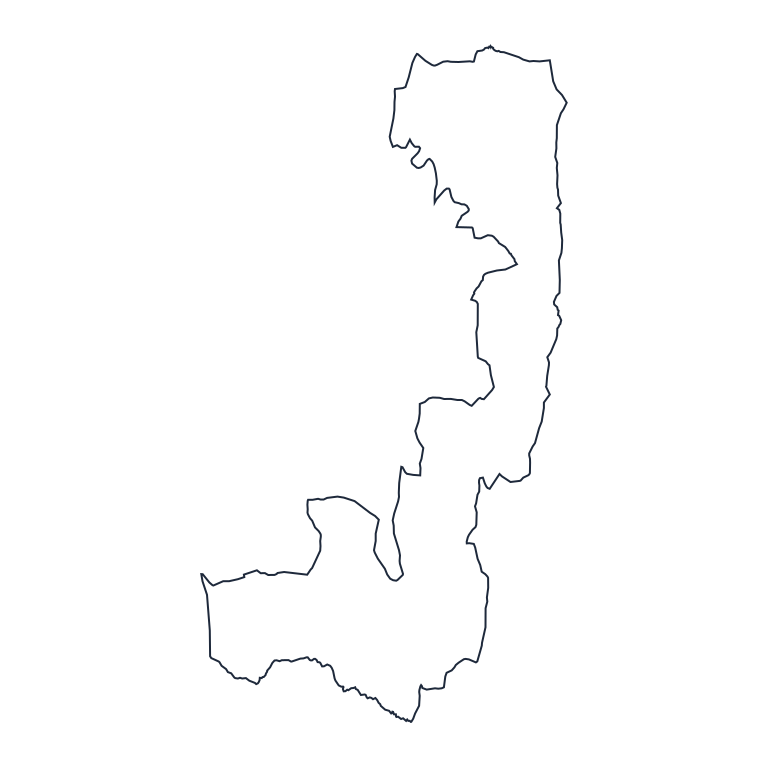 Chamwino, Dodoma, United Republic of Tanzania
{"feature_id": "72390352B28140161055022", "entity_name": "Chamwino", "entity_type": "district", "adm_level": 2, "iso_a3": "TZA", "parent_name": "United Republic of Tanzania", "parent_adm1": "Dodoma", "projection": "equal_earth", "projection_center": [35.821, -6.232], "detail": "fine", "context": "isolated", "style": "outline", "palette": "slate", "viewbox_px": 768, "rotation_deg": 0, "n_neighbors": 0, "source": "geoboundaries", "source_scale": "gbopen_adm2", "svg_char_len": 6076}
<svg xmlns="http://www.w3.org/2000/svg" viewBox="0 0 768 768"><path d="M456.5,227.1L472.0,227.5L472.7,228.2L474.6,237.7L477.9,238.3L480.9,238.3L487.8,235.2L491.8,235.7L493.6,236.7L498.1,241.5L498.9,243.1L505.2,247.0L508.3,251.0L509.7,253.5L510.9,253.8L511.5,255.4L514.4,259.1L514.8,261.2L516.9,264.2L505.4,269.5L496.9,270.5L488.0,272.7L485.4,273.8L484.0,274.9L483.1,276.6L482.8,280.1L481.4,281.3L478.6,286.5L476.6,288.4L474.5,291.5L474.0,292.5L474.3,293.7L473.1,295.3L471.2,299.6L475.2,300.8L476.8,302.0L477.8,303.9L477.7,325.3L476.3,332.2L477.8,356.7L478.2,357.9L485.7,361.3L488.0,364.2L489.5,365.3L490.9,375.2L493.9,387.0L492.1,390.0L483.9,399.2L481.6,398.9L480.2,397.9L479.3,398.2L478.3,398.8L471.7,405.8L469.8,405.0L464.6,401.3L461.9,400.0L457.4,400.0L450.7,398.9L444.1,399.0L439.8,397.8L432.8,397.5L428.9,398.4L424.8,402.0L419.8,403.9L419.7,413.6L419.0,418.8L418.4,421.9L415.3,431.0L417.4,438.4L419.6,442.6L423.3,448.0L421.5,458.9L419.8,463.6L420.5,468.1L420.2,475.4L413.2,474.9L406.9,473.8L405.2,472.2L402.5,467.2L401.3,466.8L399.2,483.0L398.8,492.9L399.0,496.9L398.1,501.4L394.2,513.5L392.7,520.4L393.7,525.6L393.9,533.5L399.0,550.2L400.0,555.4L399.6,560.9L399.9,563.7L403.0,573.9L402.8,574.9L397.5,580.0L396.2,580.7L393.1,580.2L390.2,578.7L387.2,574.5L384.9,568.8L377.8,558.6L374.7,552.5L374.0,550.2L375.7,541.0L375.7,533.6L378.8,519.7L375.1,516.0L370.1,512.9L354.6,501.1L343.8,497.6L337.5,496.6L327.1,497.9L323.7,499.5L320.5,499.5L318.1,498.8L312.6,499.8L308.1,499.8L307.7,500.9L307.4,504.7L307.7,509.3L307.5,512.6L307.9,514.2L310.0,518.2L312.2,520.7L315.0,527.4L318.7,531.1L320.4,533.7L320.8,534.9L320.8,536.7L320.2,541.0L320.5,546.1L320.2,550.7L312.1,568.1L310.7,569.5L307.2,574.7L284.1,572.0L277.5,573.0L276.6,574.0L274.6,574.9L268.2,575.0L264.9,573.1L260.7,573.2L256.9,570.3L243.9,574.6L244.3,577.1L237.9,579.2L229.1,581.2L223.2,581.2L213.4,585.5L212.5,585.2L209.4,582.5L202.7,574.2L201.3,574.1L202.5,581.2L207.0,594.8L209.8,630.5L210.1,656.3L211.3,658.1L218.7,661.5L219.5,662.2L221.6,665.8L226.1,669.1L227.9,672.1L231.2,673.3L234.3,677.5L235.2,678.1L237.9,678.5L240.0,677.8L242.2,678.5L245.9,678.1L249.3,680.7L254.9,682.9L256.2,684.1L257.9,683.3L258.8,682.0L259.6,680.1L259.8,677.8L261.7,678.1L262.5,677.1L263.7,677.0L265.6,675.0L265.9,673.6L267.1,671.7L267.2,670.6L270.1,667.3L272.3,663.0L274.5,660.5L276.6,660.3L279.6,661.2L281.8,660.2L288.5,660.1L290.9,661.5L291.8,661.5L300.4,658.6L303.5,658.4L306.6,657.3L307.7,657.3L309.8,660.0L310.8,660.4L312.0,660.4L314.0,658.9L315.2,658.9L316.6,660.0L317.6,662.1L319.6,662.3L320.3,662.9L322.1,666.4L324.0,666.3L327.2,664.5L330.2,665.8L331.7,667.8L333.1,671.0L334.6,678.4L335.4,680.5L338.7,685.4L341.3,686.7L343.1,686.6L343.5,687.1L342.9,689.0L343.7,691.3L345.4,691.2L347.2,689.7L348.4,690.2L351.2,688.2L353.5,688.0L355.2,687.3L355.8,689.0L357.7,689.9L360.9,695.0L364.6,694.5L365.6,694.8L366.8,697.5L367.7,698.3L369.8,697.4L371.4,697.9L373.0,699.2L375.4,698.0L377.2,700.1L378.6,702.8L380.2,704.2L380.8,705.9L385.2,709.7L389.1,710.8L391.2,713.5L391.8,713.3L392.4,711.7L393.1,711.9L394.0,714.3L395.9,714.3L396.0,716.3L396.4,717.0L398.1,716.7L401.1,719.0L403.1,718.3L406.1,720.9L407.2,719.5L408.3,720.9L409.7,720.8L410.8,721.9L411.3,721.8L413.2,718.7L415.1,713.5L419.1,705.8L419.7,695.8L419.2,692.0L419.4,690.0L420.4,686.3L421.1,685.1L421.9,686.1L422.4,688.0L426.7,689.6L435.0,688.3L438.3,688.7L441.7,688.3L443.9,687.3L445.3,676.5L446.6,672.8L451.7,670.4L454.4,667.4L455.8,665.0L458.6,662.7L463.9,659.2L465.6,658.9L468.9,659.4L475.9,662.4L477.3,661.4L481.8,645.6L482.0,642.9L485.5,627.3L485.6,608.2L487.3,601.6L486.9,597.5L488.2,587.9L488.1,577.9L487.5,576.6L485.3,574.2L481.7,571.7L480.2,565.0L477.6,558.8L475.2,547.6L473.8,543.9L469.3,543.2L466.8,543.4L466.7,541.6L467.8,537.3L469.0,534.8L472.6,529.7L475.5,527.1L476.3,524.8L476.7,512.3L475.0,506.3L476.1,503.4L477.5,494.7L479.2,491.6L479.4,485.5L479.0,482.7L479.1,480.1L479.9,478.2L482.9,477.6L484.8,483.4L486.4,486.6L487.6,488.0L489.7,488.8L499.5,474.0L502.0,476.4L510.5,482.0L519.7,480.9L520.6,480.6L523.3,477.6L528.4,475.2L529.3,474.3L529.9,473.1L530.1,462.8L530.0,458.8L529.2,455.4L529.2,453.4L532.7,446.4L535.0,443.1L539.1,428.2L541.7,421.6L543.9,408.0L543.9,402.5L549.8,394.5L546.0,386.7L546.4,385.8L547.2,375.9L548.9,365.2L549.0,362.4L547.3,357.2L550.6,352.7L556.3,339.1L557.1,335.4L557.3,328.5L558.4,327.2L559.5,324.8L560.3,324.0L561.2,320.2L559.2,315.8L558.0,315.1L558.6,310.6L557.7,309.8L557.2,307.2L554.2,304.5L553.9,301.9L556.5,295.9L559.5,292.9L559.8,279.9L558.9,260.4L561.4,252.9L561.9,248.3L562.2,240.1L561.2,232.5L560.7,224.6L560.2,222.8L560.3,213.6L559.3,209.9L556.9,208.2L560.9,203.1L558.2,195.6L558.0,189.6L557.4,187.7L557.1,184.1L557.5,175.3L556.8,167.9L557.3,163.0L555.2,156.9L556.4,148.4L556.3,142.4L556.8,138.2L556.9,125.1L560.9,113.2L563.5,109.3L566.7,102.7L562.0,95.0L556.6,89.4L553.2,81.3L549.8,60.3L539.6,61.4L533.4,61.0L529.5,61.4L523.2,59.6L518.9,57.2L503.9,52.2L500.4,52.0L498.7,50.9L497.3,51.3L495.5,50.8L493.7,49.5L493.0,48.4L493.1,47.8L491.0,46.6L490.8,47.1L490.4,46.1L489.7,47.0L489.1,46.8L488.4,48.1L487.4,47.6L485.1,48.1L483.9,49.6L482.2,50.5L477.4,51.2L475.7,54.4L473.9,61.5L472.7,61.8L469.8,61.3L458.5,62.0L450.9,61.8L447.6,61.2L443.2,61.7L437.1,64.8L434.9,65.6L433.6,65.5L431.9,64.9L425.4,60.8L417.7,54.1L416.9,53.9L415.0,57.0L412.4,62.9L408.7,77.4L405.5,87.0L402.8,88.1L395.0,89.0L394.7,91.2L395.0,96.7L394.5,101.9L394.4,110.1L393.4,118.5L389.7,136.7L390.6,140.8L392.9,146.9L397.1,145.2L401.3,147.8L405.4,147.8L406.1,147.1L409.9,139.6L411.7,143.1L414.3,146.3L415.2,146.8L418.9,146.7L420.1,148.2L419.1,151.2L417.6,153.3L412.1,158.8L411.4,160.7L412.1,163.6L416.9,167.7L418.7,168.0L420.6,167.5L423.6,165.6L427.0,160.5L428.5,159.2L429.6,158.9L432.2,161.5L433.6,164.1L434.7,167.6L435.9,173.3L436.8,180.8L436.7,184.3L435.1,190.0L434.6,197.4L434.7,202.5L436.4,199.3L444.2,190.5L446.7,188.6L448.9,188.6L449.6,189.4L451.4,197.0L453.5,201.0L454.7,202.2L458.8,203.1L461.5,204.3L464.4,204.4L466.8,205.8L468.8,209.1L468.7,210.5L467.6,211.8L461.7,215.8L460.5,218.7L458.4,221.5L456.5,227.1Z" fill="none" stroke="#1e293b" stroke-width="2"/></svg>